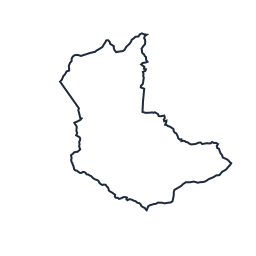 Presidente Kennedy, Tocantins, Brazil, rotated 56°
{"feature_id": "56859067B50751334573389", "entity_name": "Presidente Kennedy", "entity_type": "district", "adm_level": 2, "iso_a3": "BRA", "parent_name": "Brazil", "parent_adm1": "Tocantins", "projection": "natural_earth1", "projection_center": [-48.462, -8.464], "detail": "fine", "context": "isolated", "style": "outline", "palette": "slate", "viewbox_px": 256, "rotation_deg": 56, "n_neighbors": 0, "source": "geoboundaries", "source_scale": "gbopen_adm2", "svg_char_len": 3213}
<svg xmlns="http://www.w3.org/2000/svg" viewBox="0 0 256 256"><g transform="rotate(56 128 128)"><path d="M53.6,95.0L52.3,94.0L48.3,95.7L46.3,95.0L44.1,95.4L43.2,97.1L44.1,98.6L45.5,101.8L46.5,103.9L46.4,108.4L46.2,110.7L46.4,112.9L44.6,117.3L43.5,121.4L42.6,124.3L42.0,126.7L40.9,127.5L39.6,128.6L38.3,130.3L37.8,131.8L37.9,133.8L38.8,135.7L41.1,137.5L41.5,139.5L43.4,142.3L45.1,143.2L47.5,144.7L46.7,147.3L47.7,148.9L48.4,150.6L48.7,152.4L49.9,154.2L50.9,155.7L51.6,158.4L84.2,157.7L85.5,159.3L88.0,160.1L89.8,160.8L93.0,162.0L94.1,161.1L94.6,162.9L94.3,166.5L93.8,168.2L93.7,169.6L95.4,169.7L96.9,169.6L98.3,169.8L100.1,171.3L101.7,172.5L103.7,172.9L105.1,175.1L106.5,174.3L108.7,173.3L110.0,173.5L111.3,174.6L112.2,176.2L114.7,177.5L115.6,178.6L116.9,179.1L119.0,179.6L119.5,183.2L118.5,185.0L118.1,186.5L118.5,188.0L118.7,190.5L121.3,191.5L122.8,193.0L124.7,193.8L126.1,193.8L127.4,194.3L129.2,194.5L132.0,195.7L133.7,195.4L134.8,194.2L136.6,193.7L138.6,192.8L139.2,191.5L139.2,190.0L140.2,188.8L141.5,188.2L143.2,188.3L144.5,186.9L145.9,186.4L147.1,185.5L149.1,185.2L151.6,184.4L153.8,182.8L155.5,182.0L157.1,182.4L159.2,182.0L160.9,181.1L161.4,179.6L162.6,178.3L164.6,178.3L166.1,177.9L167.7,178.2L169.0,178.8L170.6,178.4L172.4,177.4L174.4,176.7L176.2,176.0L177.3,177.2L178.8,177.2L180.3,175.5L181.7,175.1L182.5,172.9L182.7,170.6L183.7,168.9L185.1,167.8L186.0,169.1L187.5,168.9L187.8,166.6L189.2,165.2L191.4,163.9L193.0,162.6L195.1,162.1L196.4,160.8L198.2,160.2L200.0,160.6L202.0,159.8L203.6,158.8L205.3,158.8L206.6,158.5L204.1,154.8L204.4,152.5L205.5,149.2L206.5,147.1L206.6,144.9L209.1,141.4L210.8,140.0L212.1,137.2L213.7,134.0L213.5,131.9L210.6,128.9L208.7,127.2L206.7,125.9L205.3,124.1L205.5,120.7L205.8,116.3L205.3,113.8L205.3,110.5L207.8,106.7L209.1,103.6L210.8,102.0L212.3,100.9L213.3,98.4L214.5,96.5L215.4,94.2L215.6,92.2L215.5,89.7L216.5,84.9L216.7,81.2L218.2,78.6L216.9,74.2L217.2,72.1L217.2,69.5L216.4,67.0L215.7,63.9L214.9,62.1L213.2,62.7L211.2,62.9L209.5,63.4L207.8,64.4L205.5,65.9L203.1,65.2L200.9,65.4L198.3,64.9L196.0,64.2L194.5,65.2L192.7,64.6L191.7,62.4L189.7,63.2L188.5,65.1L186.6,66.2L187.0,67.8L186.2,69.4L184.8,71.0L182.7,75.5L180.7,75.9L179.7,77.5L179.2,80.3L178.3,82.4L176.8,85.0L175.0,86.0L173.3,86.5L172.0,87.8L170.5,88.3L169.3,89.5L168.7,91.1L167.2,90.1L166.5,91.6L164.8,92.1L162.6,91.4L159.3,91.0L158.1,91.8L156.5,91.9L154.0,90.9L150.4,92.5L148.6,93.8L147.2,94.3L146.1,95.4L144.8,93.3L143.4,92.0L142.7,94.2L141.0,93.6L140.5,92.2L139.3,91.4L138.0,91.0L137.3,92.5L136.7,94.2L135.2,95.9L133.4,95.4L131.5,96.2L130.0,96.9L129.7,98.4L128.6,99.2L127.8,100.8L125.4,104.8L122.8,107.0L114.5,100.8L104.5,92.6L101.5,94.7L100.2,93.6L99.9,91.4L98.6,89.9L96.8,88.4L95.2,86.8L93.1,86.2L92.1,85.0L89.8,84.3L90.3,81.7L89.3,80.3L87.8,81.7L86.4,80.2L82.7,81.6L82.3,79.5L83.6,76.7L84.0,74.8L82.1,74.9L80.8,74.5L79.4,73.4L77.4,73.9L76.0,73.5L74.5,74.1L73.2,74.1L71.9,73.3L69.8,72.4L68.6,69.2L68.0,67.0L65.8,65.2L64.1,64.5L62.5,64.4L61.1,62.5L61.1,60.3L59.2,62.4L57.3,63.6L57.0,66.0L58.0,68.1L56.5,70.8L56.8,72.4L57.0,75.8L58.0,77.0L59.0,79.4L59.3,81.1L59.7,83.8L60.5,85.7L61.3,87.0L61.3,89.4L59.4,93.2L58.5,95.4L57.1,95.5L55.5,95.6L53.6,95.0Z" fill="none" stroke="#1e293b" stroke-width="2"/></g></svg>